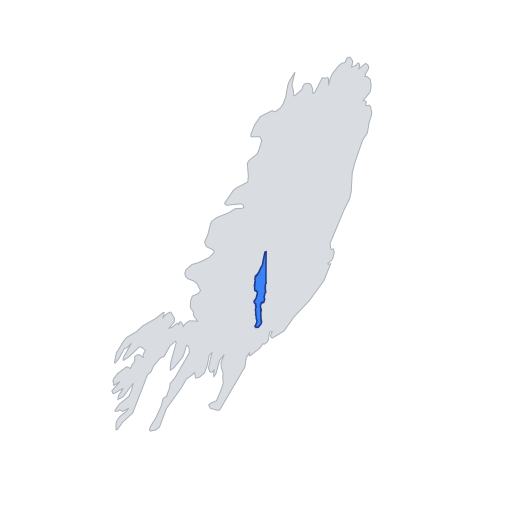 location of Hrunamannahreppur, Suðurland, Iceland, rotated 302°
{"feature_id": "244011B85072287894251", "entity_name": "Hrunamannahreppur", "entity_type": "district", "adm_level": 2, "iso_a3": "ISL", "parent_name": "Iceland", "parent_adm1": "Suðurland", "projection": "equal_earth", "projection_center": [-19.797, 64.432], "detail": "fine", "context": "in_parent", "style": "filled", "palette": "blue", "viewbox_px": 512, "rotation_deg": 302, "n_neighbors": 0, "source": "geoboundaries", "source_scale": "gbopen_adm2", "svg_char_len": 8541}
<svg xmlns="http://www.w3.org/2000/svg" viewBox="0 0 512 512"><g transform="rotate(302 256 256)"><path d="M394.8,198.3L399.5,198.4L406.9,196.9L417.6,192.5L422.1,191.6L432.6,191.6L420.1,195.8L415.6,200.5L412.2,202.8L412.2,203.8L421.3,206.6L425.6,205.7L427.5,206.0L429.3,207.4L430.6,210.0L429.9,212.8L427.5,215.6L424.1,218.0L424.6,218.7L427.4,219.1L442.1,217.7L444.0,221.1L445.3,222.2L445.0,223.4L439.3,227.1L446.1,224.8L451.6,224.1L461.0,225.3L464.9,226.6L467.3,229.0L471.9,228.2L474.1,229.6L474.3,231.0L472.4,235.0L466.9,236.9L470.4,239.8L473.3,239.9L473.8,240.5L473.6,242.2L469.4,244.2L476.6,246.5L477.5,247.3L477.2,249.8L476.1,251.3L474.0,252.2L468.9,252.3L465.9,253.3L467.0,254.8L466.3,259.2L462.4,262.8L458.7,264.7L455.1,265.9L444.8,264.5L445.4,267.6L441.8,269.5L442.6,271.1L443.9,271.9L443.4,274.0L438.9,278.2L435.6,279.6L429.1,281.2L419.8,285.1L410.2,285.1L386.7,290.6L377.4,293.6L361.0,302.7L354.0,305.1L341.9,306.2L305.7,312.2L301.6,315.8L301.4,316.5L303.1,317.9L300.4,320.5L294.9,322.3L292.3,322.3L287.8,320.8L287.2,321.5L289.0,323.4L271.2,326.6L246.5,324.9L224.7,320.5L207.3,319.5L195.1,313.4L194.8,312.4L196.1,310.5L200.5,309.8L198.5,307.9L191.0,311.1L188.7,311.0L185.5,309.7L185.4,308.4L179.3,307.9L168.7,304.0L167.9,303.1L170.5,301.8L170.0,301.6L164.2,301.8L155.8,305.4L106.2,306.8L104.6,304.9L102.7,297.9L104.5,294.9L106.6,295.2L112.3,299.2L125.6,297.0L131.0,295.5L136.0,291.7L138.9,290.4L143.1,285.6L147.2,282.7L155.6,281.3L148.1,280.4L135.5,284.3L131.4,284.3L133.3,282.6L137.7,280.7L134.7,280.6L133.6,279.7L133.5,277.9L135.8,275.0L150.6,269.9L147.1,269.0L136.9,272.8L129.4,274.2L123.4,272.4L120.6,270.0L120.8,269.0L124.4,265.9L123.8,265.3L121.4,265.0L114.9,262.2L104.6,262.5L79.1,260.9L59.7,264.8L55.1,263.0L51.5,259.1L52.3,257.6L55.7,256.8L65.1,256.9L79.0,255.1L85.4,252.8L87.9,253.4L89.0,254.5L97.6,252.8L102.2,250.8L109.8,251.8L138.6,250.7L142.4,248.1L144.0,245.1L143.3,244.5L132.7,247.3L130.3,247.2L118.1,245.7L113.7,244.0L115.2,242.7L121.7,239.8L138.3,234.9L140.7,234.0L140.9,232.8L134.4,230.7L122.0,231.3L118.9,228.9L108.7,227.4L101.8,228.3L98.2,226.9L57.6,234.6L44.6,231.0L35.2,230.4L34.5,229.3L40.0,225.9L43.8,225.3L47.5,225.6L54.6,228.0L59.5,228.7L53.5,225.3L53.3,221.9L51.4,221.1L49.6,218.9L50.4,218.2L57.8,218.6L69.5,222.5L75.4,221.8L83.0,219.3L66.1,217.9L61.0,214.9L64.8,213.4L73.5,213.6L64.0,208.4L63.6,207.5L65.3,205.2L77.4,207.2L71.1,204.2L70.9,203.5L72.8,202.9L73.8,201.1L76.9,200.3L83.0,201.0L92.5,204.5L93.8,205.5L94.1,209.1L97.8,208.5L102.3,209.0L106.0,206.6L108.6,207.1L110.5,209.3L110.2,214.1L112.8,212.4L117.2,212.3L118.0,208.4L117.3,205.2L102.8,201.6L97.2,198.9L97.9,198.0L100.8,197.2L115.9,196.6L109.5,195.1L107.9,193.5L96.4,194.1L90.6,193.4L90.5,192.6L92.9,191.5L99.9,189.0L113.1,188.8L118.5,189.5L128.6,194.8L136.7,197.0L150.3,204.3L159.0,207.2L159.4,207.9L158.0,208.7L154.6,209.7L159.8,211.0L162.9,212.9L163.1,213.7L160.1,219.7L156.8,221.6L148.7,220.5L150.6,222.4L156.4,224.4L157.7,225.6L156.8,226.7L159.6,226.3L160.4,227.0L159.1,230.4L157.6,231.6L162.5,232.3L165.8,234.0L169.8,240.9L172.0,235.6L173.2,233.7L175.2,232.9L177.6,227.5L183.1,224.4L188.2,223.2L193.5,226.9L197.3,227.3L201.3,220.7L201.8,215.9L200.6,210.6L201.4,206.8L204.0,204.6L207.4,203.9L214.7,206.1L220.8,211.4L229.9,217.1L236.3,218.5L237.4,218.3L238.5,216.5L237.6,208.9L240.6,205.0L248.1,204.0L259.5,200.3L262.1,200.2L267.8,202.3L278.0,209.8L285.2,213.4L289.1,219.0L290.8,220.0L292.3,218.3L292.4,215.8L283.5,204.2L283.4,202.6L284.2,201.4L299.9,202.0L303.4,203.3L314.4,209.8L319.7,207.2L330.2,199.4L333.8,199.6L342.9,202.8L346.5,202.5L357.0,199.7L359.2,196.1L354.5,188.7L356.3,187.2L366.0,185.4L376.6,185.8L387.8,192.6L388.3,195.8L394.8,198.3Z" fill="#d9dde1" stroke="#a8b0b8" stroke-width="1"/><path d="M196.5,295.3L196.9,295.4L196.9,295.6L197.0,295.6L197.2,295.8L197.7,295.8L197.9,295.9L198.0,295.8L198.1,295.7L198.3,295.7L198.4,295.8L198.7,295.9L198.8,296.0L199.1,296.0L199.8,296.1L200.7,296.1L201.0,296.2L201.3,296.3L201.5,296.2L202.1,295.9L202.7,295.8L202.8,295.8L203.1,295.5L203.6,295.4L203.7,295.2L203.8,295.0L204.1,294.7L204.2,294.4L204.3,294.3L204.4,294.1L204.5,294.1L204.8,294.0L205.1,293.9L205.1,293.7L205.4,293.5L205.5,293.4L205.8,293.1L206.1,292.9L206.3,292.9L206.6,292.7L206.8,292.6L207.0,292.5L207.3,292.3L207.5,292.1L207.7,291.9L208.0,291.8L208.0,291.7L208.4,291.3L208.5,291.3L208.9,291.1L209.3,290.7L209.6,290.7L209.8,290.6L210.2,290.4L210.4,290.2L210.6,290.1L210.8,290.0L210.9,289.9L211.2,289.6L211.5,289.6L211.8,289.6L211.9,289.4L212.1,289.4L212.6,289.4L212.8,289.3L212.9,289.2L213.0,289.0L213.1,288.8L213.3,288.7L213.1,288.5L213.8,288.2L213.9,287.9L214.5,287.5L214.7,287.1L214.9,287.0L215.0,286.9L215.5,286.7L215.9,286.4L216.1,286.3L216.2,286.2L216.3,286.1L216.7,285.8L216.8,285.8L217.1,285.9L217.3,285.9L217.5,285.8L218.0,285.6L218.5,285.4L218.9,285.3L219.3,285.2L219.3,285.3L219.5,285.5L219.7,285.4L219.8,285.5L219.7,285.7L219.8,285.8L219.5,286.1L220.0,286.3L220.1,286.5L220.3,286.7L220.3,286.8L220.5,286.9L220.8,286.9L221.0,287.0L221.0,286.9L221.1,287.0L221.5,286.9L221.8,286.7L222.3,286.7L222.5,286.6L222.9,286.7L223.4,286.6L223.6,286.4L223.8,286.3L224.2,286.0L224.2,285.9L224.6,285.6L224.9,285.4L224.9,285.2L225.1,285.0L225.3,284.8L225.4,284.7L225.5,284.6L226.0,284.3L226.3,284.3L226.3,284.2L227.0,284.2L227.5,284.0L227.7,283.7L227.9,283.6L228.1,283.6L228.4,283.4L228.8,283.5L229.3,283.4L229.6,283.5L230.0,283.4L230.1,283.5L230.8,283.3L230.9,283.1L230.9,282.9L231.1,282.6L231.5,282.4L231.7,282.2L231.9,282.2L232.0,282.1L231.9,282.1L232.0,282.0L232.2,281.9L232.6,281.9L232.9,281.7L232.9,281.4L233.0,281.2L233.2,280.9L234.1,280.6L234.3,280.4L234.7,280.3L234.8,280.2L235.1,280.2L235.1,279.9L235.6,279.7L236.1,279.4L236.3,279.3L236.8,279.1L237.1,279.1L237.3,279.1L237.5,279.0L238.3,279.0L238.6,278.9L239.0,278.6L239.2,278.4L239.3,278.3L239.7,278.0L239.7,277.9L253.7,269.2L265.0,262.3L264.1,261.5L256.4,264.3L252.8,265.8L250.8,266.3L250.7,266.3L250.3,266.4L250.0,266.4L249.7,266.2L249.4,266.2L249.2,266.3L248.7,266.2L248.6,266.3L248.4,266.4L248.0,266.3L247.5,266.4L247.5,266.5L247.3,266.6L246.9,266.7L246.2,266.7L245.8,266.6L245.4,266.6L244.8,266.8L244.0,267.1L243.7,267.1L243.5,266.9L243.4,266.9L243.1,266.9L242.8,266.9L242.4,267.0L242.1,267.0L241.9,267.1L241.7,267.1L241.2,267.1L241.4,266.9L241.2,266.9L240.9,266.7L240.4,266.5L240.2,266.4L239.9,266.4L239.6,266.5L239.3,266.8L239.1,266.8L239.0,266.7L238.7,266.3L238.7,266.2L238.4,266.1L238.0,266.4L237.8,266.5L237.6,266.6L237.6,266.8L237.3,266.8L237.1,266.8L236.9,266.9L236.8,267.0L236.5,267.1L236.2,267.1L235.8,267.3L235.5,267.6L235.3,267.7L235.2,267.9L235.0,268.1L234.7,268.4L234.6,268.6L234.5,268.8L233.8,269.0L233.7,269.0L233.5,268.9L233.3,268.8L233.0,268.9L232.9,269.1L232.8,269.3L232.6,269.5L232.4,269.6L232.2,269.5L231.8,269.8L231.2,269.9L231.2,270.1L230.9,270.1L230.7,270.1L230.8,270.3L230.7,270.4L230.3,270.5L230.0,270.5L229.9,270.6L230.0,270.7L229.7,270.8L229.6,271.0L228.8,271.3L228.4,271.5L228.1,271.8L227.9,272.0L227.6,272.3L227.1,272.4L227.0,272.5L226.7,272.7L226.5,272.8L226.4,273.1L226.2,273.3L226.1,273.5L226.1,273.9L226.1,274.1L226.2,274.3L226.5,274.3L226.8,274.5L226.9,274.8L226.5,275.1L226.5,275.4L226.2,275.7L226.0,275.8L225.9,275.9L225.9,276.1L225.7,276.3L225.4,276.8L225.1,277.0L224.8,277.0L224.6,277.1L224.4,277.2L224.2,277.3L223.5,277.4L223.0,277.6L222.7,277.6L222.5,277.8L222.2,277.8L221.9,278.0L221.4,278.1L220.8,278.4L219.7,278.4L219.3,278.4L218.1,278.5L217.9,278.5L217.9,278.4L217.3,278.2L217.1,278.2L216.9,278.3L216.8,278.5L216.1,278.8L215.8,278.9L215.7,279.0L216.0,279.3L215.9,279.6L215.6,279.8L215.4,279.9L215.2,280.1L215.1,280.6L215.2,280.8L215.2,281.1L215.2,281.3L214.5,281.6L214.2,281.6L213.9,281.9L213.6,282.0L213.4,282.1L213.2,282.4L213.2,282.5L213.3,282.7L213.2,282.7L213.0,282.9L212.7,283.0L212.2,283.3L211.9,283.4L211.5,283.4L211.0,283.5L210.6,283.7L210.5,283.8L210.1,284.1L209.8,284.2L209.7,284.3L209.3,284.5L209.2,284.6L209.2,284.8L209.0,285.0L208.7,285.2L208.4,285.4L208.2,285.5L207.9,285.8L207.4,286.1L207.3,286.3L207.2,286.3L206.8,286.5L206.6,286.5L206.4,286.6L206.3,286.8L205.9,286.9L205.8,287.0L205.7,287.1L205.4,287.6L205.3,287.8L204.9,288.2L203.8,288.8L202.9,289.6L202.7,289.9L202.4,290.1L202.3,290.5L202.2,290.7L201.8,291.0L200.9,291.3L200.6,291.6L200.0,291.9L199.8,291.9L199.4,291.9L199.2,291.9L199.0,292.0L198.8,292.1L197.5,292.2L197.2,292.3L196.9,292.4L196.0,292.3L195.7,292.4L195.6,292.6L195.6,293.1L195.7,293.4L195.7,293.5L195.5,293.8L195.8,293.9L195.9,294.0L196.0,294.2L196.0,294.3L196.1,294.6L196.1,294.8L196.1,295.0L196.3,295.3L196.5,295.3Z" fill="#3b82f6" stroke="#1e3a8a" stroke-width="1.5"/></g></svg>